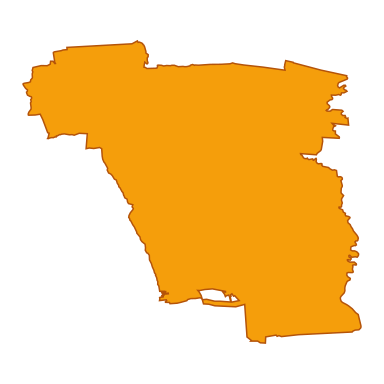 Brahasesti, Galati, Romania (Equal Earth projection)
{"feature_id": "2599482B25283721312735", "entity_name": "Brahasesti", "entity_type": "district", "adm_level": 2, "iso_a3": "ROU", "parent_name": "Romania", "parent_adm1": "Galati", "projection": "equal_earth", "projection_center": [27.355, 46.048], "detail": "fine", "context": "isolated", "style": "filled", "palette": "amber", "viewbox_px": 384, "rotation_deg": 0, "n_neighbors": 0, "source": "geoboundaries", "source_scale": "gbopen_adm2", "svg_char_len": 5920}
<svg xmlns="http://www.w3.org/2000/svg" viewBox="0 0 384 384"><path d="M352.2,332.0L353.1,331.0L355.2,330.1L358.9,329.8L360.6,328.1L361.0,327.0L360.9,325.6L358.2,314.5L355.6,312.6L352.3,308.8L348.9,306.1L346.8,304.7L342.4,302.4L341.1,301.1L340.5,299.3L340.3,297.9L340.9,296.5L344.2,292.9L344.9,290.8L344.8,288.0L345.2,285.9L346.8,282.1L347.4,281.2L350.0,279.9L350.3,278.5L350.1,278.2L348.1,277.0L346.8,275.3L346.9,273.1L348.1,272.5L352.2,272.6L353.0,272.3L353.2,271.6L352.4,269.2L352.9,266.7L352.6,265.5L353.0,265.0L354.7,264.8L356.0,265.1L356.4,264.7L356.3,263.8L354.3,262.1L349.8,262.1L348.0,261.2L347.3,260.1L347.4,259.7L348.1,259.6L350.2,260.2L351.2,258.9L350.9,258.1L349.1,257.1L348.8,255.8L349.2,255.3L349.8,255.3L351.7,257.1L352.3,257.2L355.4,256.8L357.2,257.2L358.2,255.9L358.6,254.8L358.5,253.6L356.8,251.8L354.6,250.9L352.3,250.9L350.6,249.9L350.9,247.2L351.2,246.7L354.3,245.5L355.3,245.7L356.4,244.9L355.9,243.3L355.2,242.7L355.0,241.9L355.9,240.9L357.2,240.9L357.8,240.4L358.3,238.1L357.8,236.7L356.7,234.9L353.4,230.9L352.5,228.7L351.0,226.6L350.2,224.7L348.0,222.7L347.6,220.6L350.0,217.8L349.9,217.3L348.6,216.5L345.7,215.8L345.2,214.6L345.4,213.3L343.3,212.1L342.6,209.8L339.6,208.5L338.9,207.8L339.1,207.0L340.8,207.2L341.5,206.6L341.6,204.8L342.3,203.0L341.5,200.3L341.6,198.8L343.6,195.6L341.3,193.2L341.0,192.2L341.3,188.2L342.2,186.6L342.3,185.5L340.9,180.6L342.3,179.3L342.3,178.1L341.6,177.2L340.4,176.7L338.3,176.9L337.3,176.2L336.5,170.5L334.4,169.8L332.6,170.2L330.2,169.0L328.5,167.5L322.7,166.3L321.7,165.1L322.1,164.1L321.2,163.5L318.5,163.8L317.3,163.4L316.1,161.7L316.4,159.2L316.1,158.4L315.6,158.5L313.7,160.3L313.1,160.1L312.8,159.0L312.5,158.9L308.9,159.6L308.1,159.2L307.3,158.1L306.3,158.7L304.6,158.5L303.5,157.8L302.0,155.3L300.7,154.5L300.5,153.6L316.4,154.8L317.1,153.4L320.7,150.6L321.3,149.4L322.7,141.3L322.3,137.4L339.2,138.3L339.4,137.5L339.2,136.8L335.4,133.9L335.4,131.0L333.8,130.9L332.8,130.2L332.7,129.1L333.7,126.5L334.6,126.4L335.5,125.8L334.6,125.2L333.5,125.1L332.0,123.3L348.6,125.1L347.9,118.1L347.2,118.5L345.1,117.5L345.6,116.7L345.1,115.5L342.7,115.5L341.3,114.2L341.3,112.9L343.1,111.3L341.8,110.2L332.7,109.5L331.3,110.2L330.8,110.9L329.6,111.2L327.1,111.1L326.2,110.5L326.7,109.8L328.0,109.3L329.5,107.6L329.8,106.8L329.4,105.7L327.2,103.7L327.1,102.2L330.1,99.9L331.9,99.6L332.6,98.9L332.6,98.0L331.6,96.5L331.4,95.1L335.7,95.2L338.7,94.5L340.4,95.2L341.1,94.7L341.3,93.3L341.6,92.9L344.1,92.8L347.0,91.3L346.3,90.4L345.1,90.0L343.5,88.7L343.8,87.5L345.8,86.1L345.4,85.3L343.9,85.2L339.5,87.9L338.1,86.9L337.6,85.6L338.2,83.4L339.0,82.5L347.2,79.1L347.6,78.1L346.5,76.5L346.7,75.7L320.9,70.1L293.3,62.8L293.2,62.3L285.7,60.6L284.7,64.8L284.7,65.9L284.3,67.0L285.0,70.2L262.9,67.1L243.8,65.0L235.1,63.7L232.6,62.9L230.0,63.8L220.8,64.3L210.3,64.4L198.6,65.2L194.8,65.0L194.5,65.3L192.6,64.5L190.4,65.2L190.1,65.8L186.9,66.6L184.8,66.7L183.0,66.4L178.3,66.7L174.4,65.3L171.8,65.3L170.3,65.7L166.7,65.5L163.7,66.0L161.5,65.3L158.0,65.1L157.4,65.4L157.6,66.5L156.8,68.2L146.8,68.5L145.5,67.5L144.0,67.2L144.1,65.5L144.8,62.1L146.9,63.9L147.4,63.8L147.9,63.0L147.9,62.4L147.3,60.9L147.2,58.4L147.4,57.5L148.1,56.8L148.2,54.7L145.9,53.0L145.9,51.4L144.6,46.8L143.7,45.0L142.9,44.5L142.6,43.6L141.4,42.9L139.4,42.1L138.1,42.4L137.4,40.9L132.0,43.8L67.1,47.4L66.9,47.4L67.1,49.6L63.0,50.0L61.1,50.7L54.6,51.8L53.5,52.3L53.3,52.8L54.6,61.1L54.5,61.7L54.7,62.1L54.5,62.4L55.0,62.7L55.4,63.5L54.9,63.6L52.9,61.2L50.6,61.2L50.2,64.2L47.2,65.7L41.1,65.6L33.0,67.5L32.2,70.5L32.8,71.9L32.2,73.9L32.4,77.4L32.2,78.2L30.7,79.9L30.4,81.8L28.7,82.5L24.0,83.3L23.0,84.0L23.5,85.3L25.7,88.5L27.5,89.9L27.3,91.4L26.5,92.1L26.6,92.9L27.5,95.1L29.9,96.4L31.2,96.7L31.6,97.3L31.5,98.7L30.7,99.6L31.2,101.6L30.5,102.9L31.1,107.6L31.0,109.2L28.8,112.2L28.2,113.9L28.3,115.0L28.6,115.2L35.2,115.0L40.2,114.2L42.8,119.6L47.7,132.7L49.1,133.2L48.1,137.6L47.6,138.5L48.6,138.6L49.3,138.1L51.6,137.6L53.3,137.7L55.0,136.9L56.1,137.0L56.4,136.0L56.8,136.2L59.6,134.6L60.5,134.7L61.5,134.2L64.4,133.9L69.5,134.8L72.1,134.6L74.2,135.2L79.2,133.3L87.3,133.7L86.1,148.7L89.2,148.0L93.8,148.5L99.6,147.5L101.7,148.7L102.2,156.2L102.7,159.1L103.9,162.0L104.8,163.0L107.7,168.3L107.2,170.0L108.6,173.0L110.6,173.9L112.2,175.5L114.4,179.1L116.3,180.0L117.3,183.3L118.5,185.0L118.9,186.9L119.9,187.7L122.0,191.6L123.0,192.6L123.7,195.5L124.2,196.1L124.6,197.4L125.1,198.1L126.8,198.9L127.2,199.6L127.5,201.8L128.5,203.6L132.8,204.7L132.1,206.9L133.3,208.4L133.0,209.5L130.4,212.7L129.0,215.5L128.7,217.5L129.5,218.4L130.0,220.3L130.8,220.9L132.8,224.8L134.3,226.9L136.7,232.0L136.8,233.1L140.0,237.0L140.5,239.6L141.9,241.6L145.1,244.2L145.5,247.8L145.3,250.3L146.7,252.8L147.9,253.3L149.3,255.3L149.5,259.9L151.4,263.6L152.4,267.0L153.9,270.3L154.5,272.8L155.7,274.4L155.5,275.2L156.7,277.8L157.1,280.3L157.8,281.6L157.7,284.4L158.8,286.0L159.7,291.3L164.7,291.3L164.9,291.7L165.7,291.6L165.7,292.0L166.1,292.0L161.8,292.6L162.3,293.6L168.2,293.1L168.3,293.8L164.0,294.2L164.1,294.8L163.0,294.8L161.8,295.6L161.9,296.2L163.3,296.2L163.1,297.0L160.1,297.3L159.6,297.6L159.8,298.8L159.5,300.6L166.3,299.8L166.7,300.7L165.4,301.8L165.5,302.3L169.5,302.5L170.0,303.7L177.2,303.2L180.6,302.4L186.8,300.7L187.6,299.6L190.7,298.6L195.5,298.5L199.7,297.8L201.1,298.0L201.7,298.8L202.1,298.7L201.1,295.4L199.1,291.9L197.8,290.4L199.9,290.5L204.8,289.5L212.5,288.9L225.5,291.4L225.5,292.1L222.4,291.4L224.5,294.2L225.4,296.6L226.3,295.8L228.7,295.1L229.5,296.7L230.5,300.9L231.1,300.9L230.2,296.4L231.1,296.1L230.6,294.7L231.9,293.8L233.6,296.2L234.7,295.7L239.2,300.6L231.7,302.1L219.8,301.2L214.7,301.2L206.6,299.3L202.3,299.7L203.5,303.9L208.8,304.2L214.8,305.8L235.8,306.8L244.7,304.4L247.0,337.0L251.4,340.5L250.8,341.1L257.7,341.1L260.3,342.8L265.4,343.1L265.7,336.9L276.1,335.1L277.1,336.3L279.0,335.6L281.4,336.6L298.5,334.7L352.2,332.0Z" fill="#f59e0b" stroke="#b45309" stroke-width="1.5"/></svg>